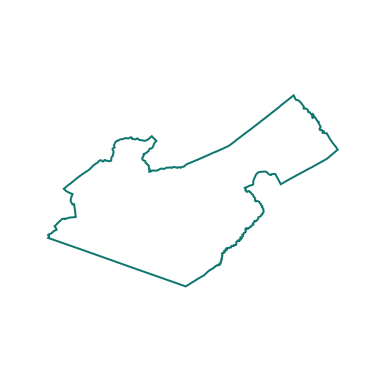 the district of Bang Khun Thian, Bangkok Metropolis, Thailand, rotated 242°
{"feature_id": "78962969B82551730136395", "entity_name": "Bang Khun Thian", "entity_type": "district", "adm_level": 2, "iso_a3": "THA", "parent_name": "Thailand", "parent_adm1": "Bangkok Metropolis", "projection": "albers", "projection_center": [100.427, 13.588], "detail": "fine", "context": "isolated", "style": "outline", "palette": "teal", "viewbox_px": 384, "rotation_deg": 242, "n_neighbors": 0, "source": "geoboundaries", "source_scale": "gbopen_adm2", "svg_char_len": 6109}
<svg xmlns="http://www.w3.org/2000/svg" viewBox="0 0 384 384"><g transform="rotate(242 192 192)"><path d="M111.6,142.1L112.7,158.5L112.8,162.7L112.7,163.0L114.6,170.0L114.4,170.8L114.7,171.3L114.7,175.0L115.0,175.4L115.0,176.2L115.4,177.1L115.3,177.4L115.5,177.8L115.4,178.2L115.5,178.6L115.4,179.0L115.6,179.3L115.4,180.4L115.0,180.8L115.3,181.2L115.0,181.5L115.2,181.8L114.8,181.9L114.7,182.1L114.9,182.3L115.2,183.1L115.4,183.6L115.9,183.5L116.4,184.1L116.5,184.5L117.0,184.6L117.0,185.1L117.9,185.8L118.0,186.0L118.5,186.1L118.5,186.7L118.9,186.7L119.4,186.9L119.6,187.3L120.2,187.5L120.3,187.9L120.8,188.4L121.3,188.4L121.6,188.6L121.9,189.1L122.6,189.6L123.0,189.5L123.7,189.6L123.6,190.8L123.8,191.5L123.4,192.0L123.4,192.5L123.9,192.9L124.5,192.7L124.8,192.7L124.8,193.0L124.4,193.2L124.3,193.4L124.6,193.9L125.1,194.2L125.2,194.4L125.0,194.5L124.5,194.6L124.5,194.9L124.6,195.0L125.4,195.1L125.7,195.2L125.7,195.4L124.9,195.7L124.9,196.0L125.2,196.2L125.6,195.9L125.9,195.9L125.9,196.0L125.6,196.4L126.1,196.6L125.1,198.7L125.3,199.8L124.9,200.4L125.5,200.7L125.6,201.2L125.5,201.6L125.7,202.1L125.4,202.3L125.1,202.9L124.8,203.1L124.9,204.0L125.4,204.2L125.4,204.4L125.0,205.0L124.6,205.9L125.0,206.5L125.6,207.0L126.0,207.1L126.4,207.4L126.9,207.5L127.1,207.8L127.3,208.9L127.6,209.8L126.6,210.3L126.4,210.6L126.8,211.4L127.5,211.5L127.8,211.7L127.8,211.9L127.2,212.6L127.2,212.9L127.6,213.7L128.1,213.5L129.2,213.5L129.2,213.8L128.5,214.4L128.5,214.8L129.2,216.4L130.6,216.2L130.6,217.6L131.5,218.5L131.5,218.9L131.2,219.5L131.5,220.6L132.0,221.0L132.9,221.1L133.3,221.9L134.4,221.9L134.5,222.0L134.6,222.8L134.5,223.3L134.3,223.5L133.4,223.8L133.2,224.1L133.8,226.0L133.5,227.3L133.6,227.5L134.1,227.8L134.2,228.6L134.4,229.3L134.3,230.8L134.5,231.0L135.7,231.1L136.1,232.2L137.0,233.6L137.0,234.0L136.2,234.4L136.2,234.7L136.8,236.7L137.3,237.9L138.5,238.7L138.4,240.6L138.7,242.2L139.6,242.9L139.4,243.8L140.1,244.4L140.3,244.8L140.6,245.7L141.2,246.2L142.4,246.3L143.0,246.9L143.7,247.0L144.8,246.9L145.7,246.6L145.9,246.7L146.2,247.2L146.4,247.4L147.1,247.3L147.9,246.9L149.1,247.2L149.6,247.1L150.2,246.7L151.3,246.8L152.7,246.1L153.6,245.0L153.9,244.1L154.2,243.7L155.3,243.8L155.8,244.4L157.5,244.7L158.1,244.6L158.8,244.2L160.6,244.6L162.3,243.8L163.7,243.8L164.8,243.0L165.7,243.1L166.3,242.1L166.2,241.4L166.2,241.0L166.7,240.3L167.4,240.5L168.2,239.9L168.5,239.9L169.1,240.8L169.5,240.9L170.8,240.5L170.9,241.7L170.6,242.7L170.6,244.6L170.3,246.3L170.2,247.7L169.9,248.9L169.9,249.4L170.3,249.8L172.7,251.1L175.0,253.6L175.5,254.5L177.1,256.3L178.2,259.2L178.1,260.5L177.6,261.6L177.3,262.9L175.5,266.5L174.7,267.2L171.8,268.1L170.2,269.2L170.0,269.6L169.9,269.9L170.3,270.6L170.3,270.9L169.0,273.9L168.5,274.0L157.2,274.0L157.5,283.8L157.7,305.1L157.6,309.0L158.0,326.8L161.0,340.6L164.3,340.2L169.6,339.2L174.1,338.7L180.6,338.5L180.9,337.7L182.2,336.3L182.8,335.2L183.2,335.2L183.5,335.3L183.5,336.7L183.7,336.8L186.2,335.3L186.2,334.8L186.3,334.5L186.6,334.2L187.0,334.1L188.0,334.3L189.1,336.2L193.2,336.1L193.8,336.4L194.2,336.8L194.5,336.8L194.7,336.7L194.8,336.1L200.9,335.6L201.0,335.5L200.7,333.3L200.9,333.2L201.6,333.2L201.7,334.1L202.8,334.0L203.0,335.4L204.2,335.3L204.3,335.3L204.2,334.2L204.6,333.7L205.1,333.6L206.8,333.5L207.5,332.9L207.7,332.5L208.1,332.2L208.5,332.3L208.9,332.7L209.4,332.8L211.2,332.4L212.6,331.3L212.8,330.9L212.9,330.0L213.3,329.7L213.6,329.7L214.5,330.6L214.9,330.8L218.2,330.3L220.9,329.8L222.8,328.9L223.7,328.3L224.0,327.6L224.3,327.2L226.9,326.8L227.2,327.1L229.6,327.1L226.7,311.0L226.2,309.5L220.3,276.0L218.4,263.7L217.9,261.1L217.2,256.2L216.6,253.5L215.5,246.7L215.7,241.0L216.2,233.4L216.8,228.1L216.8,226.0L217.8,213.0L219.0,200.0L218.9,199.3L218.5,198.1L218.2,196.7L218.9,194.8L218.7,193.7L218.8,193.3L220.1,192.2L220.2,191.7L220.2,190.6L220.4,190.1L221.2,189.6L221.7,188.7L222.2,188.3L222.6,187.7L222.9,186.9L222.7,185.9L222.7,185.6L223.0,185.2L223.7,184.8L224.2,183.3L225.2,181.7L225.3,180.6L225.5,179.7L225.4,178.4L226.1,177.2L227.2,175.8L227.2,175.2L227.3,174.3L227.2,172.5L227.6,170.6L228.0,169.5L229.0,168.4L229.6,166.8L229.7,166.0L229.5,164.7L230.0,163.7L230.2,163.8L230.2,164.2L230.6,164.2L230.7,164.3L230.9,164.7L230.9,165.1L231.0,165.2L231.6,165.2L232.6,164.8L232.8,165.0L232.9,165.3L233.4,165.3L234.8,165.8L235.5,166.2L236.2,166.1L236.7,165.5L237.0,165.4L238.3,165.5L239.4,164.7L240.7,165.2L241.4,165.2L242.5,164.1L243.8,163.5L244.6,163.6L245.2,163.9L245.5,164.2L245.7,165.0L246.6,165.9L247.2,167.0L247.5,167.1L248.1,166.9L248.2,167.0L248.3,167.6L248.0,168.5L248.0,170.5L248.4,171.5L248.5,172.6L249.7,174.4L250.1,175.4L250.0,175.9L249.5,176.5L249.7,177.9L250.9,179.6L251.8,180.4L252.7,181.5L253.4,183.0L253.8,184.5L254.0,184.6L254.6,184.3L260.1,182.7L259.0,177.7L259.1,175.3L259.3,174.5L260.7,172.5L261.8,171.3L262.7,169.9L264.3,169.4L265.1,168.5L264.9,167.6L265.0,166.8L267.0,164.1L268.1,164.4L268.9,163.9L269.2,163.3L269.0,161.5L269.8,160.0L270.5,159.1L270.9,158.3L271.1,156.3L271.6,154.6L272.1,153.7L272.2,153.1L272.0,151.1L272.1,150.6L272.1,150.4L272.3,150.4L272.3,150.1L272.4,149.0L271.7,147.4L270.2,145.5L269.6,144.8L267.7,144.6L267.6,142.5L267.3,142.0L266.4,141.8L264.6,141.8L263.9,141.5L262.8,140.3L261.0,138.9L260.8,138.0L260.4,137.2L259.8,136.7L257.9,135.6L257.7,135.3L257.6,134.4L257.7,133.9L259.1,132.2L259.8,131.0L261.2,130.1L261.3,129.8L261.2,129.3L260.7,128.4L260.6,128.0L260.8,127.6L261.6,127.0L262.7,126.6L263.0,126.2L263.1,125.1L263.0,124.2L262.2,122.4L262.2,120.3L261.8,117.7L260.4,113.0L259.8,110.8L259.6,107.4L258.8,100.6L258.0,95.9L257.3,92.3L256.9,90.8L255.8,84.0L255.3,82.0L255.1,81.3L255.0,80.3L252.0,81.3L248.9,83.3L246.2,85.6L244.1,83.0L242.9,81.8L240.9,80.6L239.1,80.5L238.9,80.6L237.1,80.7L236.8,80.9L236.6,82.2L231.1,80.2L224.5,77.6L225.1,75.9L226.0,74.0L227.2,71.1L227.3,70.5L227.2,69.9L227.8,67.3L228.1,67.5L229.2,64.8L227.5,58.3L226.7,56.4L226.3,54.6L224.2,54.9L222.2,54.7L222.2,53.4L222.5,51.6L222.3,51.0L222.1,50.8L221.5,48.5L221.8,45.0L221.6,44.7L220.1,45.1L219.8,45.0L219.6,44.7L219.0,43.4L193.7,66.8L147.9,108.7L111.6,142.1Z" fill="none" stroke="#0f766e" stroke-width="2"/></g></svg>